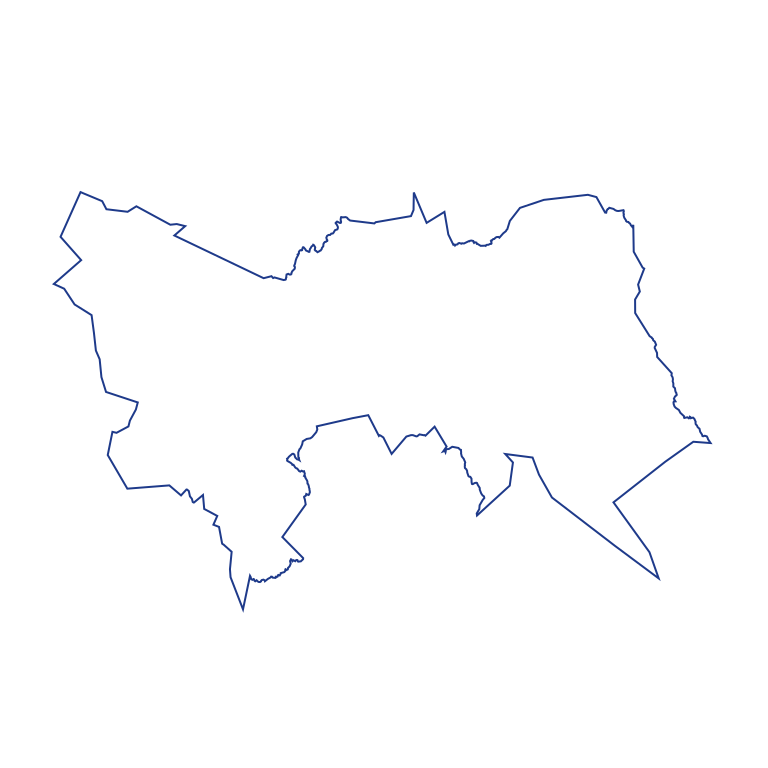 outline of Uruachi, Chihuahua, Mexico, rotated 355°
{"feature_id": "50627088B4184029057526", "entity_name": "Uruachi", "entity_type": "district", "adm_level": 2, "iso_a3": "MEX", "parent_name": "Mexico", "parent_adm1": "Chihuahua", "projection": "equal_earth", "projection_center": [-108.421, 27.836], "detail": "fine", "context": "isolated", "style": "outline", "palette": "blue", "viewbox_px": 768, "rotation_deg": 355, "n_neighbors": 0, "source": "geoboundaries", "source_scale": "gbopen_adm2", "svg_char_len": 6157}
<svg xmlns="http://www.w3.org/2000/svg" viewBox="0 0 768 768"><g transform="rotate(355 384 384)"><path d="M541.4,511.7L600.0,565.4L640.7,601.6L633.8,574.7L602.3,521.9L657.5,485.9L687.1,468.5L704.2,471.3L702.0,467.3L701.6,465.6L701.0,464.3L699.0,463.5L697.4,463.9L696.7,463.6L696.4,462.1L694.8,459.1L694.4,456.1L692.7,454.3L692.1,452.5L691.1,451.4L690.9,449.8L691.2,448.9L690.1,445.7L688.9,444.4L686.7,444.8L686.4,443.7L685.8,443.3L685.3,444.5L684.7,444.8L683.3,443.6L680.2,444.0L680.0,443.7L680.1,442.3L676.7,438.5L675.5,435.6L672.6,433.2L671.5,431.8L670.8,429.2L670.8,427.5L671.2,426.7L672.8,426.7L671.5,424.0L672.8,421.8L674.5,420.7L674.7,419.8L674.4,419.3L674.4,418.3L673.9,417.5L673.6,416.2L673.5,413.6L672.0,411.8L672.3,408.6L671.8,406.4L672.2,404.8L672.2,403.3L671.9,402.0L671.1,400.5L671.6,398.3L658.5,380.9L658.7,376.8L656.8,371.6L657.0,370.6L658.5,368.7L657.5,365.4L656.3,364.2L655.9,363.6L655.8,362.5L654.9,361.7L654.8,361.1L652.8,359.5L640.4,335.2L641.5,321.7L646.9,314.2L645.8,307.1L653.3,291.7L651.8,290.6L644.3,274.0L646.2,247.2L645.2,249.4L644.5,248.2L643.9,247.6L643.1,245.6L642.1,244.8L641.6,243.9L640.2,243.6L639.4,242.8L639.3,242.0L637.9,239.4L637.6,238.2L637.4,236.5L637.8,235.8L637.4,234.4L638.0,232.7L637.7,231.7L632.9,232.1L631.3,231.9L629.6,231.1L627.9,229.6L623.8,228.1L622.6,229.2L622.1,229.2L620.9,230.7L620.3,232.7L619.2,232.5L611.9,216.3L603.6,213.3L559.3,214.5L534.8,220.4L523.6,232.5L520.3,240.6L519.6,241.1L518.7,242.4L515.9,244.3L511.7,248.3L510.9,247.5L509.3,247.4L507.9,247.9L506.5,249.1L505.5,249.1L504.1,250.2L503.7,250.2L503.5,251.3L503.1,251.2L503.4,253.2L503.1,253.7L501.6,253.8L500.2,254.4L498.7,254.3L497.7,254.7L497.3,255.3L496.8,255.0L492.4,254.8L489.4,252.6L488.7,252.5L488.4,251.2L486.8,250.7L486.0,251.3L485.6,250.6L485.4,249.3L483.5,248.7L482.2,248.8L481.4,249.3L480.9,249.1L475.9,251.0L474.0,250.6L473.4,251.0L471.3,250.1L470.3,250.3L469.4,251.3L467.9,251.4L466.9,252.2L466.7,251.5L465.9,251.3L465.7,251.0L465.2,251.3L461.1,240.6L459.2,217.8L440.5,227.2L430.4,195.8L428.6,213.2L425.5,219.1L389.8,222.1L388.4,223.2L364.5,218.2L362.5,216.4L361.8,215.2L360.4,214.4L357.2,214.4L356.3,214.0L355.7,214.1L355.1,216.5L355.4,218.8L355.1,219.6L354.3,219.8L351.4,218.1L349.9,219.2L349.9,219.9L350.6,220.5L351.7,223.3L351.7,224.5L351.0,225.9L348.6,226.5L346.9,228.9L346.1,229.6L344.6,229.6L343.3,230.8L341.7,230.7L340.2,231.5L339.3,233.2L339.5,234.6L340.1,235.9L339.9,236.6L339.0,236.8L338.5,237.3L337.6,237.3L336.7,238.0L335.9,239.2L335.5,241.5L334.0,243.1L333.6,244.3L332.4,245.6L331.6,245.7L330.8,246.3L329.2,246.9L328.0,245.5L327.4,245.3L326.7,244.3L327.4,241.9L326.3,239.6L325.6,239.1L325.1,239.9L323.8,240.7L322.5,242.6L322.0,243.1L321.2,245.8L320.8,245.9L317.8,244.1L317.5,243.1L316.3,241.4L315.8,240.8L315.3,240.7L314.6,241.7L314.1,243.5L313.5,243.7L313.1,243.4L312.3,243.4L311.3,244.2L310.7,245.0L310.6,246.7L309.3,247.4L309.7,248.1L307.8,251.0L306.9,253.0L305.8,256.6L305.0,258.0L304.8,258.6L305.3,259.2L305.4,260.1L305.1,261.4L302.4,263.7L301.5,265.3L301.4,266.2L300.7,266.8L299.4,266.7L298.2,265.9L296.5,266.4L296.0,268.4L296.0,269.3L295.7,269.6L295.3,271.2L295.0,271.5L293.1,271.7L284.2,268.3L282.8,268.8L281.3,266.8L273.3,268.1L188.1,217.8L199.7,209.4L191.5,206.6L185.0,206.7L152.8,185.4L143.6,190.1L122.7,185.7L119.2,177.3L98.4,166.4L74.6,209.2L93.1,234.2L63.8,255.6L73.7,261.2L82.7,277.8L98.7,289.9L99.5,307.7L99.9,325.6L102.9,334.6L103.1,352.5L106.4,367.7L137.1,380.9L134.6,387.8L127.7,398.3L125.7,404.0L113.3,409.3L109.3,408.0L102.6,430.7L119.2,465.9L161.3,466.3L172.1,477.3L178.0,471.9L178.6,472.0L180.2,473.6L180.9,479.0L182.6,481.6L183.2,484.9L184.0,485.5L184.4,485.5L194.0,478.8L194.0,492.8L206.4,500.9L201.8,509.3L207.2,512.0L208.8,528.6L209.1,529.3L210.1,529.9L217.6,537.9L214.4,555.1L214.3,563.1L223.9,596.2L233.8,563.4L234.3,564.5L234.7,566.7L234.9,567.1L236.0,567.6L236.9,566.9L237.4,567.1L237.9,568.7L238.5,569.3L240.0,568.4L240.9,569.6L242.0,570.3L243.2,570.5L244.3,569.9L244.5,569.2L245.3,568.6L246.9,568.4L248.0,569.2L248.2,570.1L251.4,568.0L254.2,566.8L254.7,566.1L255.6,566.2L256.3,567.2L259.0,567.7L259.4,567.4L259.5,566.6L260.6,566.8L261.3,566.5L261.5,565.5L262.1,565.0L263.4,565.6L264.7,563.8L264.7,563.4L268.3,562.7L269.2,561.8L269.6,560.0L269.8,559.9L270.5,560.9L272.0,560.3L272.4,558.8L274.0,557.5L275.4,554.9L275.0,552.2L276.1,550.5L276.7,550.9L277.4,552.6L278.5,551.7L280.1,552.8L281.0,551.9L281.8,551.7L282.4,551.9L282.8,553.3L283.1,553.5L285.7,553.4L288.1,551.5L288.3,550.4L269.4,527.6L295.5,497.2L295.1,492.2L294.5,489.7L294.6,489.3L296.4,488.4L297.0,486.8L299.0,488.0L299.6,487.7L300.7,485.4L300.7,484.0L300.5,483.1L300.6,481.7L300.2,480.6L300.2,479.3L299.7,477.2L299.1,476.6L299.2,474.6L299.0,473.6L297.5,470.5L297.6,470.0L297.1,469.4L297.2,468.9L296.4,468.6L297.0,467.5L297.3,466.4L296.7,463.9L295.7,464.1L294.4,463.2L293.0,464.0L291.9,463.4L290.2,460.7L289.4,460.4L288.3,459.4L286.8,456.6L285.7,456.6L285.4,455.7L284.2,454.4L281.0,452.2L280.8,451.7L281.1,450.9L280.9,450.0L281.9,449.4L282.8,448.3L284.4,447.1L286.6,445.6L287.5,445.6L288.5,446.4L289.2,449.5L290.9,451.5L292.2,451.9L293.0,452.5L292.7,451.5L292.9,450.3L292.3,449.4L292.6,444.8L294.1,441.6L295.0,441.0L297.2,437.1L298.1,434.0L302.2,432.0L305.9,431.7L307.8,430.6L312.3,426.1L313.6,423.5L313.4,420.3L349.7,415.3L365.6,413.7L374.4,435.3L375.2,434.6L376.1,435.1L378.7,437.2L385.5,454.3L401.7,438.3L406.4,437.3L408.4,437.5L411.6,439.0L412.6,438.9L415.0,437.3L419.2,438.5L419.8,438.4L420.8,439.1L430.7,430.9L440.9,451.8L437.1,456.3L437.5,456.2L438.3,455.5L438.7,455.7L439.3,457.4L439.6,456.6L439.6,455.7L440.5,454.4L442.9,454.4L446.5,452.5L452.6,454.2L453.9,455.9L454.9,456.3L454.9,458.8L454.7,459.8L455.2,463.0L456.9,465.5L458.1,469.2L457.5,470.8L457.6,472.1L457.3,472.7L457.3,474.7L458.6,476.2L459.2,477.8L459.2,479.4L460.1,483.1L460.9,483.8L461.9,484.0L462.9,485.9L462.7,489.3L462.9,491.2L463.7,491.5L465.6,490.6L467.3,490.4L468.0,490.7L468.6,492.6L470.3,495.9L470.2,497.6L471.3,501.5L472.5,503.6L473.8,504.7L474.0,506.3L472.3,508.0L468.7,513.1L468.0,517.0L465.1,521.0L465.2,523.1L500.4,496.2L505.6,473.4L498.7,464.3L525.6,470.2L530.5,487.8L541.4,511.7Z" fill="none" stroke="#1e3a8a" stroke-width="2"/></g></svg>